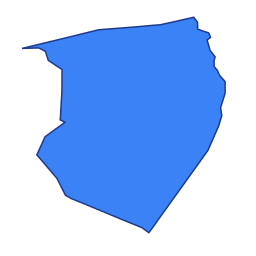 Quipapá, Pernambuco, Brazil, rotated 266°
{"feature_id": "56859067B62016250884699", "entity_name": "Quipapá", "entity_type": "district", "adm_level": 2, "iso_a3": "BRA", "parent_name": "Brazil", "parent_adm1": "Pernambuco", "projection": "albers", "projection_center": [-36.015, -8.831], "detail": "fine", "context": "isolated", "style": "filled", "palette": "blue", "viewbox_px": 256, "rotation_deg": 266, "n_neighbors": 0, "source": "geoboundaries", "source_scale": "gbopen_adm2", "svg_char_len": 801}
<svg xmlns="http://www.w3.org/2000/svg" viewBox="0 0 256 256"><g transform="rotate(266 128 128)"><path d="M133.7,222.4L141.9,221.8L152.3,225.9L155.9,227.3L167.5,228.1L174.3,222.9L179.2,221.2L183.3,218.2L189.1,218.5L192.8,219.9L196.3,217.6L199.5,215.3L204.6,214.3L210.3,213.0L212.6,216.7L217.3,215.1L219.2,210.2L221.8,204.4L228.7,204.7L233.9,201.3L230.0,176.2L228.7,167.1L228.7,161.1L228.3,139.5L228.1,111.5L228.0,105.4L222.4,73.0L214.8,27.9L214.1,44.6L210.3,50.9L201.0,53.2L194.9,61.1L191.0,66.3L168.8,64.6L151.3,62.3L144.7,61.5L140.9,60.9L138.1,65.5L125.0,44.6L119.2,41.5L107.6,35.2L82.7,53.6L65.3,60.9L61.7,66.2L57.5,74.8L33.9,122.1L27.6,135.0L22.1,141.5L25.6,144.5L30.8,148.8L33.9,151.3L65.7,177.7L100.0,206.1L123.3,218.4L133.7,222.4Z" fill="#3b82f6" stroke="#1e3a8a" stroke-width="1.5"/></g></svg>